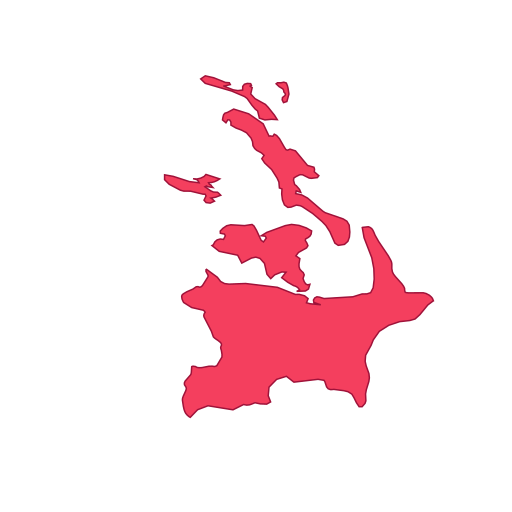 SVG path tracing the border of Primorsko-Goranska, rotated 152°
{"feature_id": "HRV-1586", "entity_name": "Primorsko-Goranska", "entity_type": "County", "adm_level": 1, "iso_a3": "HRV", "parent_name": "Croatia", "parent_adm1": "", "projection": "natural_earth1", "projection_center": [14.596, 45.075], "detail": "fine", "context": "isolated", "style": "filled", "palette": "rose", "viewbox_px": 512, "rotation_deg": 152, "n_neighbors": 0, "source": "natural_earth", "source_scale": "10m", "svg_char_len": 5657}
<svg xmlns="http://www.w3.org/2000/svg" viewBox="0 0 512 512"><g transform="rotate(152 256 256)"><path d="M379.7,147.7L389.8,144.4L390.5,145.5L391.4,147.7L391.9,150.0L391.9,151.5L391.8,152.8L391.5,154.5L390.7,157.4L388.6,163.4L387.6,164.9L386.0,166.4L381.3,170.0L380.0,171.3L379.5,172.3L379.4,173.3L379.6,175.9L378.9,177.5L377.3,178.8L369.5,181.8L368.7,182.4L367.8,183.5L364.7,188.5L364.1,188.5L363.2,188.2L361.2,186.7L360.6,185.5L358.9,184.2L356.3,182.9L349.4,180.8L346.4,179.3L344.5,177.9L343.1,177.6L342.0,177.6L333.5,182.8L332.2,185.1L330.9,188.9L330.6,190.6L330.2,191.7L329.8,192.2L329.2,192.8L328.4,193.4L327.8,194.6L327.9,196.2L329.2,199.3L330.3,201.3L331.1,203.0L331.6,204.6L330.7,210.7L330.5,226.7L330.0,228.1L329.2,229.0L328.5,229.6L327.3,230.2L327.5,231.7L327.9,232.8L337.0,240.7L341.7,248.9L341.7,250.6L341.5,252.8L340.6,255.2L339.7,256.2L338.1,256.7L333.9,256.9L327.2,256.4L323.3,256.9L322.3,256.5L321.6,256.2L320.4,254.9L319.1,254.6L317.2,255.0L308.3,260.1L307.6,260.8L307.4,261.9L307.4,265.9L306.2,267.9L306.2,268.0L300.1,255.4L299.2,250.1L296.7,246.4L293.0,243.8L278.1,236.6L251.8,218.3L239.3,203.6L235.9,201.9L231.8,198.1L230.0,193.9L233.4,191.0L230.6,188.4L221.7,182.5L226.1,187.2L226.8,187.7L226.0,190.1L223.9,191.4L221.4,191.4L219.3,189.9L215.9,186.5L189.6,174.5L180.2,172.7L175.9,170.5L172.0,169.8L167.5,172.9L162.5,180.1L157.9,189.5L154.6,200.1L152.0,221.4L148.8,231.3L148.6,231.3L143.1,229.1L142.1,228.0L141.0,226.0L140.7,224.1L140.8,221.4L141.1,218.5L140.9,211.2L139.1,194.1L139.0,188.9L139.2,187.0L139.8,185.2L142.0,181.1L143.0,177.9L143.1,175.5L142.6,172.4L140.3,163.1L139.9,160.0L140.0,157.7L140.7,156.2L141.3,154.4L140.8,153.3L138.6,151.8L125.6,145.0L123.4,143.0L121.3,139.9L120.4,137.4L120.1,135.8L120.4,133.1L121.0,133.1L127.3,132.1L138.8,127.3L145.1,125.7L150.4,126.8L160.0,130.6L171.3,132.5L182.5,131.6L191.8,126.9L196.3,123.1L205.8,116.9L209.1,111.7L210.3,107.3L211.3,100.4L211.5,99.1L213.1,95.2L215.3,92.2L221.4,86.1L224.0,82.8L227.0,76.5L228.9,74.7L230.2,74.2L233.1,73.1L235.7,74.5L236.2,79.2L236.0,84.8L236.2,89.0L238.4,92.9L241.6,95.8L249.9,101.7L251.6,102.4L253.1,103.2L254.6,104.9L255.1,107.3L254.2,112.7L254.3,114.3L259.1,118.0L281.7,126.8L281.8,126.9L285.6,135.5L295.7,137.4L306.1,134.1L310.8,126.9L311.6,120.3L316.1,120.2L321.6,123.4L325.8,126.9L329.4,127.3L331.5,127.6L334.2,128.7L336.7,130.7L348.5,131.0L350.9,132.8L368.7,146.3L379.7,147.7ZM216.7,383.3L215.3,386.0L215.4,388.5L216.9,389.5L220.0,387.7L221.7,391.9L220.0,394.1L218.3,395.9L216.5,396.7L213.8,396.2L206.7,396.2L195.7,385.0L187.6,369.3L188.2,355.7L187.1,355.4L186.5,354.9L185.8,354.4L184.9,353.8L182.7,355.0L181.2,352.8L180.2,348.6L179.9,338.7L179.6,335.8L178.4,334.6L175.8,334.4L171.8,330.3L168.0,311.8L163.2,307.2L163.4,305.8L163.7,304.9L165.0,303.0L162.8,297.4L165.0,296.4L170.7,298.6L172.5,299.9L176.8,305.9L179.1,307.2L183.4,307.3L185.9,307.1L187.3,305.3L188.3,300.9L187.4,299.1L186.3,294.3L186.6,291.2L189.9,294.6L191.7,292.5L186.9,288.4L183.3,283.0L176.0,264.3L174.6,261.8L161.6,247.8L159.4,244.0L159.2,239.5L161.9,233.1L164.6,228.9L168.0,225.8L172.4,224.7L178.4,226.8L180.3,230.3L179.4,242.7L180.0,250.1L181.6,255.7L186.0,266.9L192.0,277.9L193.3,279.6L196.5,282.0L202.1,282.7L205.1,284.0L206.9,287.8L206.3,293.2L204.2,298.7L201.6,303.0L203.4,305.1L201.1,310.5L200.8,314.9L201.6,325.0L204.7,334.1L205.2,339.2L201.6,341.1L202.8,344.5L205.8,349.0L206.7,351.5L206.9,354.8L205.4,358.6L205.0,362.4L206.5,369.2L209.8,374.1L213.6,378.4L216.7,383.3ZM267.7,296.5L263.6,295.4L251.8,288.2L244.7,285.7L243.7,283.5L243.5,278.5L244.1,267.5L242.8,264.9L238.5,267.0L238.5,269.1L241.8,271.4L235.4,271.8L215.9,269.1L209.8,267.2L203.6,262.8L198.4,257.2L195.1,252.0L197.1,249.4L199.1,248.2L201.5,247.8L204.2,247.8L205.2,246.5L205.0,243.6L205.3,240.7L207.6,239.4L216.8,239.2L220.7,237.4L218.5,233.1L221.7,228.9L223.0,226.4L223.5,223.8L222.9,221.3L222.1,219.1L222.3,216.7L225.0,214.1L225.5,210.7L225.2,208.0L224.0,206.3L221.7,205.7L225.2,202.2L228.8,201.9L236.7,205.7L234.1,205.6L233.4,205.7L233.8,208.0L234.6,209.8L235.6,211.1L236.7,212.2L240.3,217.9L243.5,224.8L237.1,227.6L240.7,229.8L248.3,230.6L253.6,229.1L254.9,234.7L252.0,245.5L253.6,252.0L256.7,255.1L261.0,256.3L271.9,256.4L271.8,265.3L286.3,277.4L290.0,285.9L288.5,285.9L285.7,287.8L282.7,288.5L279.6,287.8L276.9,285.9L273.6,288.2L273.6,290.2L276.8,292.8L275.9,294.8L272.3,296.0L267.7,296.5ZM271.9,347.4L271.9,349.8L272.5,351.3L275.3,353.8L272.0,351.7L268.2,350.7L264.5,350.6L261.9,351.5L251.8,341.1L254.9,340.9L257.9,341.1L260.8,341.8L263.5,343.0L263.5,341.1L262.6,340.1L262.4,339.4L262.4,338.5L261.9,336.7L265.9,339.7L266.9,341.1L268.6,341.1L265.5,335.0L263.5,332.4L260.1,330.4L259.6,329.4L258.6,326.2L263.7,326.8L268.6,328.3L267.9,327.0L266.9,323.9L271.6,324.2L275.0,326.6L275.7,329.7L271.9,332.5L271.9,334.4L273.8,335.5L283.4,344.0L289.3,347.2L291.9,349.6L299.0,360.1L300.9,366.3L298.6,370.6L291.7,365.2L279.9,353.0L271.9,347.4ZM200.0,413.0L219.8,432.3L221.7,438.3L216.2,438.9L209.6,433.2L201.5,423.6L198.2,421.5L198.2,419.4L203.3,420.7L205.0,421.5L198.1,413.4L194.4,410.6L189.9,408.8L188.1,412.0L185.6,413.1L182.7,412.5L179.8,410.7L179.9,408.8L181.5,408.8L181.5,408.7L181.2,408.1L180.3,406.5L184.6,401.5L183.0,395.4L176.5,385.4L175.4,381.3L173.6,371.7L173.2,366.4L178.1,369.4L184.3,372.0L188.3,376.1L186.5,383.3L187.7,386.0L188.8,390.9L189.9,399.3L191.3,402.2L200.0,413.0ZM150.9,383.5L156.2,377.9L159.7,378.5L159.6,381.6L158.2,383.5L155.0,384.1L154.6,384.5L154.1,385.0L154.0,386.1L154.4,387.7L153.8,389.4L153.9,391.1L154.5,392.0L156.1,394.7L157.4,398.6L155.7,398.9L152.8,397.3L149.8,396.4L148.0,394.5L148.3,391.7L148.8,389.5L150.9,383.5Z" fill="#f43f5e" stroke="#9f1239" stroke-width="1.5"/></g></svg>